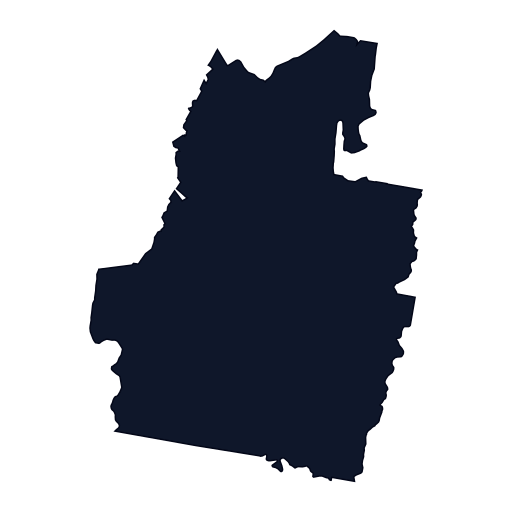 outline of Campbelltown (NSW), New South Wales, Australia
{"feature_id": "25037944B45643684874460", "entity_name": "Campbelltown (NSW)", "entity_type": "district", "adm_level": 2, "iso_a3": "AUS", "parent_name": "Australia", "parent_adm1": "New South Wales", "projection": "robinson", "projection_center": [150.89, -34.074], "detail": "fine", "context": "isolated", "style": "filled", "palette": "ink", "viewbox_px": 512, "rotation_deg": 0, "n_neighbors": 0, "source": "geoboundaries", "source_scale": "gbopen_adm2", "svg_char_len": 6039}
<svg xmlns="http://www.w3.org/2000/svg" viewBox="0 0 512 512"><path d="M98.8,269.3L98.8,269.7L96.9,274.3L97.0,279.2L96.0,285.3L95.7,290.9L94.7,297.8L94.7,299.9L93.0,303.1L92.6,305.1L91.8,312.8L91.1,317.6L91.2,320.2L90.2,325.9L90.0,328.1L90.4,331.8L93.0,338.7L93.9,340.5L95.5,342.7L98.9,343.3L99.7,343.0L101.4,341.6L103.6,340.3L106.4,339.2L107.4,339.2L112.0,340.1L114.3,340.0L115.8,340.3L117.6,341.3L119.2,343.5L122.3,348.4L122.5,349.5L121.2,355.1L119.2,358.0L117.7,362.1L116.1,363.9L114.3,365.0L113.5,365.8L111.8,366.7L111.5,368.3L111.5,369.0L111.8,369.7L113.2,371.1L116.4,373.8L119.1,375.5L119.6,376.1L120.1,377.1L121.8,387.3L121.3,388.8L119.9,392.1L118.1,395.1L117.1,396.2L115.3,396.7L114.1,398.2L113.1,400.4L112.7,402.1L112.0,403.8L111.2,405.3L111.0,406.5L111.3,408.2L112.0,409.6L113.5,410.9L114.1,411.6L115.1,413.9L115.4,415.1L115.3,416.9L115.5,419.8L116.4,421.3L118.5,423.4L119.4,425.1L119.2,427.1L118.3,428.2L116.5,429.6L115.0,431.1L195.7,445.5L259.5,455.8L260.5,456.2L262.3,455.9L265.4,454.3L266.2,454.4L266.8,455.6L266.8,456.5L266.3,459.0L266.7,459.9L267.3,460.3L268.6,460.7L270.3,460.7L276.4,459.8L277.4,460.4L277.4,460.6L277.0,461.8L272.3,465.2L272.1,465.8L272.8,466.8L275.6,467.5L277.9,468.7L280.5,471.3L281.1,471.6L282.0,471.2L282.4,470.6L282.6,469.3L281.8,465.8L280.2,461.5L280.0,460.4L280.2,459.5L280.9,458.7L282.4,457.9L283.3,457.9L284.1,458.1L285.2,458.9L288.2,461.6L289.4,463.4L289.8,464.6L292.4,465.9L294.9,467.9L295.5,467.8L296.4,467.2L298.1,466.6L302.5,466.8L305.1,466.3L306.2,465.8L306.9,466.0L309.3,468.0L310.2,469.6L310.4,470.6L311.0,471.5L313.1,473.1L313.2,474.0L312.9,476.5L313.6,477.1L319.3,476.0L322.2,476.0L326.2,477.6L328.2,478.0L328.8,478.5L329.4,479.7L330.6,480.3L331.1,480.3L331.7,477.3L354.5,481.3L353.8,477.3L354.1,476.3L356.3,474.9L360.6,473.2L361.7,472.4L362.1,471.5L362.8,467.7L362.0,464.0L362.5,460.4L363.6,456.7L363.5,454.3L364.3,450.3L364.1,447.9L365.8,444.0L365.6,437.4L366.0,435.3L366.5,434.3L366.6,433.0L368.2,430.7L370.2,429.2L372.5,427.0L374.8,425.8L375.5,424.5L376.4,424.0L378.5,422.0L379.1,420.7L379.6,417.9L381.8,412.1L381.9,411.0L382.6,409.1L382.4,407.4L382.0,406.4L380.2,405.4L380.0,404.9L380.4,404.2L382.1,402.4L383.9,399.4L385.1,398.8L385.6,398.1L386.2,395.8L386.1,394.3L385.8,393.4L385.9,392.2L386.5,390.7L386.9,390.4L387.7,389.2L387.4,387.4L385.1,383.6L384.8,382.0L385.1,380.6L385.9,378.8L388.1,375.6L392.2,372.5L393.1,370.9L393.7,369.1L393.7,367.4L392.3,365.4L391.8,363.4L392.1,361.1L392.7,359.9L395.0,357.7L397.1,357.0L401.1,356.7L402.0,356.0L403.3,353.8L403.5,351.8L403.2,350.8L401.9,348.5L399.3,345.5L397.9,341.8L396.5,339.9L396.5,338.8L397.2,338.3L399.6,337.9L400.9,336.6L401.2,335.2L401.5,331.4L402.6,328.6L403.7,326.9L404.9,326.6L408.6,326.6L409.6,326.1L410.3,325.2L415.1,297.3L396.8,293.9L396.4,292.2L393.5,287.0L396.2,283.2L397.6,283.1L399.3,282.0L404.6,279.5L408.1,276.9L408.9,274.3L410.7,272.3L411.3,270.9L411.2,269.6L410.7,268.5L410.3,266.5L410.0,263.8L411.9,261.5L413.6,261.0L414.6,260.4L416.1,258.8L416.5,255.0L416.5,252.2L417.5,250.0L416.4,249.5L414.3,247.1L413.7,246.2L413.6,245.5L414.5,243.1L414.9,241.1L416.6,238.0L414.8,236.8L414.2,235.9L413.4,233.0L413.5,230.0L412.5,228.1L411.5,226.9L411.4,226.3L412.7,224.4L412.8,222.2L415.5,219.9L416.0,219.0L416.0,218.0L414.5,215.8L413.9,214.4L413.5,210.6L413.6,209.5L416.0,207.9L417.1,206.0L417.3,204.6L417.1,203.1L417.4,200.2L417.9,199.1L420.1,197.3L420.7,196.6L421.4,194.8L421.3,194.0L420.6,193.0L420.5,192.4L421.7,190.9L422.0,190.1L386.6,184.0L386.8,183.6L376.1,181.8L376.1,182.2L368.4,180.9L367.2,179.2L366.3,177.3L361.8,178.3L355.3,181.8L348.0,180.8L343.8,178.0L342.5,176.2L333.9,174.6L333.3,171.5L333.0,167.9L333.3,162.9L333.6,162.2L334.1,156.0L334.3,151.5L334.1,149.0L334.9,144.2L334.9,138.9L335.9,132.8L336.5,125.3L336.9,122.9L338.1,121.1L339.1,120.4L340.6,120.1L341.7,120.4L342.7,121.6L343.0,123.0L343.3,130.0L342.8,132.8L342.8,134.3L344.4,136.7L345.0,138.2L344.9,139.7L344.3,141.1L344.0,144.7L343.8,148.8L344.0,150.1L344.8,150.6L346.8,150.4L351.3,152.9L354.4,152.6L359.6,150.7L360.0,150.3L363.7,148.7L365.9,147.3L366.9,146.1L366.5,144.7L362.7,143.0L362.1,142.6L361.2,141.2L360.8,140.3L359.8,135.7L359.0,134.3L358.5,132.3L358.1,129.1L358.0,126.2L359.0,124.0L363.6,120.1L368.7,117.4L373.4,115.5L375.1,114.4L376.0,112.7L375.7,111.0L375.4,110.5L371.9,109.6L370.8,108.8L370.2,107.9L369.6,106.2L369.4,99.4L368.6,96.0L368.3,93.3L368.7,92.0L369.6,90.2L370.2,87.7L370.6,81.2L371.8,75.3L374.2,69.0L375.1,56.3L375.4,54.7L376.2,48.0L377.1,43.5L360.5,40.8L356.8,44.8L357.1,43.4L357.5,42.4L357.4,41.3L356.2,39.6L354.4,38.0L353.5,37.7L347.2,36.6L339.9,36.2L338.1,34.1L334.1,30.7L324.0,39.9L316.4,46.1L305.4,53.3L299.2,57.0L297.6,57.7L293.9,58.3L292.2,59.1L288.6,61.4L277.1,66.2L275.5,67.5L274.5,69.6L273.0,73.3L271.1,76.4L269.3,78.1L267.0,79.8L265.8,80.9L265.2,81.9L263.2,80.2L260.0,79.5L257.3,77.7L254.2,74.6L248.6,72.6L247.4,71.7L243.7,67.3L240.7,61.9L239.0,60.5L237.5,60.1L236.1,60.5L228.5,65.3L227.3,65.7L225.6,63.1L217.4,49.6L216.6,51.5L216.4,51.3L211.0,61.4L208.3,65.2L209.2,65.6L210.9,66.8L212.9,69.1L206.6,74.9L207.8,77.1L208.3,79.5L206.1,83.6L204.1,80.3L200.3,88.8L201.8,91.2L197.0,100.1L196.6,100.7L195.3,100.4L194.5,100.4L193.1,101.0L192.6,102.1L192.5,103.1L192.7,106.1L192.5,106.7L191.8,107.3L190.0,108.1L188.7,108.3L188.6,108.6L189.5,110.1L190.9,111.3L186.2,119.6L186.9,120.6L183.9,124.8L183.5,127.7L186.0,130.3L187.1,130.8L186.4,132.7L186.2,135.1L184.8,135.0L184.7,136.3L183.1,135.3L172.8,142.1L173.9,146.3L175.9,147.6L178.0,147.9L179.6,151.2L177.9,151.2L176.1,152.6L176.2,154.3L175.5,158.1L176.0,162.8L176.7,165.7L178.3,166.9L178.1,177.1L177.7,177.8L180.8,182.3L176.5,188.7L181.1,192.6L185.8,196.9L187.3,197.8L185.2,199.3L182.1,200.9L174.6,190.9L169.4,198.7L170.9,200.4L171.0,202.3L168.9,204.5L167.7,207.0L167.2,211.1L164.1,212.9L163.0,215.7L162.0,217.4L165.1,223.7L164.0,224.7L164.1,227.1L161.2,229.9L161.2,231.0L159.9,231.3L157.9,232.2L156.4,234.9L154.6,237.4L154.6,239.1L154.0,242.5L151.8,249.0L145.6,253.7L138.3,264.1L133.6,263.4L131.9,265.1L98.8,269.3Z" fill="#0f172a" stroke="#020617" stroke-width="1.5"/></svg>